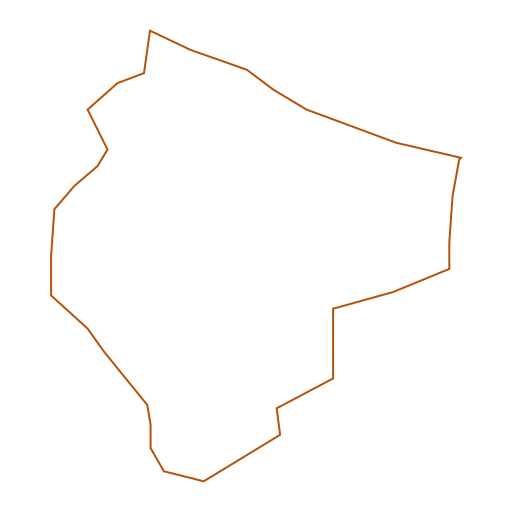 the district of Yeongdeungpo-gu, Seoul, South Korea
{"feature_id": "91817680B5490200958143", "entity_name": "Yeongdeungpo-gu", "entity_type": "district", "adm_level": 2, "iso_a3": "KOR", "parent_name": "South Korea", "parent_adm1": "Seoul", "projection": "mercator", "projection_center": [126.915, 37.511], "detail": "fine", "context": "isolated", "style": "outline", "palette": "amber", "viewbox_px": 512, "rotation_deg": 0, "n_neighbors": 0, "source": "geoboundaries", "source_scale": "gbopen_adm2", "svg_char_len": 521}
<svg xmlns="http://www.w3.org/2000/svg" viewBox="0 0 512 512"><path d="M460.9,157.8L396.2,142.8L306.6,109.6L273.4,89.7L246.9,69.8L190.5,49.9L150.0,30.7L144.0,73.1L117.5,83.1L87.6,109.6L107.5,149.5L97.6,166.0L74.3,186.0L54.4,209.2L51.1,255.6L51.1,295.5L56.2,300.1L87.6,328.6L104.2,351.9L147.3,405.0L150.6,424.9L150.6,448.1L163.9,471.3L203.7,481.3L280.1,434.8L276.7,408.3L333.1,378.4L333.1,308.7L392.9,292.1L449.3,268.9L449.3,242.4L452.6,195.9L459.2,159.4L460.9,157.8Z" fill="none" stroke="#b45309" stroke-width="2"/></svg>